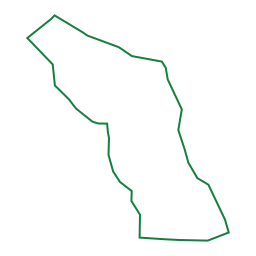 Yeso'nzu'il, Övörhangay, Mongolia
{"feature_id": "93677404B53674077501542", "entity_name": "Yeso'nzu'il", "entity_type": "district", "adm_level": 2, "iso_a3": "MNG", "parent_name": "Mongolia", "parent_adm1": "Övörhangay", "projection": "natural_earth1", "projection_center": [103.684, 46.617], "detail": "fine", "context": "isolated", "style": "outline", "palette": "green", "viewbox_px": 256, "rotation_deg": 0, "n_neighbors": 0, "source": "geoboundaries", "source_scale": "gbopen_adm2", "svg_char_len": 580}
<svg xmlns="http://www.w3.org/2000/svg" viewBox="0 0 256 256"><path d="M161.9,61.6L131.9,56.1L118.8,47.2L87.4,35.6L83.1,32.6L54.6,15.4L51.2,18.9L27.3,38.0L52.7,64.4L54.9,85.5L69.1,99.5L73.7,105.6L76.3,108.8L92.2,121.5L94.3,122.3L98.4,123.5L107.1,123.6L107.9,132.6L109.0,137.9L108.5,154.9L113.2,171.6L120.1,182.1L131.7,191.0L131.4,201.0L140.0,214.7L139.6,237.6L163.7,239.2L179.4,240.0L207.7,240.6L228.7,232.5L225.0,219.6L208.4,184.7L197.4,178.2L188.4,162.8L184.6,149.2L178.3,130.0L181.8,109.4L167.7,79.4L165.8,68.0L161.9,61.6Z" fill="none" stroke="#15803d" stroke-width="2"/></svg>